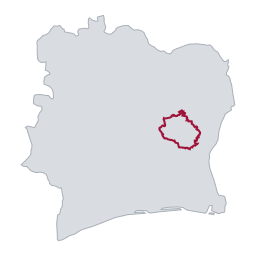 location of Iffou, N'zi-Comoé, Ivory Coast
{"feature_id": "98640826B12556457947993", "entity_name": "Iffou", "entity_type": "district", "adm_level": 2, "iso_a3": "CIV", "parent_name": "Ivory Coast", "parent_adm1": "N'zi-Comoé", "projection": "mercator", "projection_center": [-4.013, 7.499], "detail": "medium", "context": "in_parent", "style": "outline", "palette": "rose", "viewbox_px": 256, "rotation_deg": 0, "n_neighbors": 0, "source": "geoboundaries", "source_scale": "gbopen_adm2", "svg_char_len": 5214}
<svg xmlns="http://www.w3.org/2000/svg" viewBox="0 0 256 256"><path d="M42.7,35.4L43.7,35.3L46.4,34.5L48.9,32.7L51.1,29.0L54.2,25.9L57.7,26.2L58.7,25.6L59.9,25.5L61.4,27.5L62.8,29.0L63.9,29.0L64.7,31.9L71.0,33.1L73.7,33.9L76.0,36.0L76.8,36.0L77.7,35.6L78.5,34.9L78.6,34.1L77.7,32.2L78.1,30.5L79.1,29.0L80.7,28.9L83.2,28.4L86.0,28.4L88.1,28.7L89.0,27.2L88.2,22.9L88.4,20.6L88.7,18.6L89.5,17.8L92.6,20.3L95.5,21.2L97.6,21.2L98.1,20.8L97.3,18.0L97.5,17.2L98.2,16.7L99.6,16.5L103.3,15.4L103.6,15.6L104.3,19.9L104.0,21.3L104.8,24.2L105.7,26.9L105.7,28.0L104.9,29.7L104.0,31.2L104.1,31.8L105.5,32.9L108.3,34.0L111.2,34.2L112.8,32.6L114.5,31.4L115.6,30.2L116.0,28.5L117.9,27.3L123.1,25.7L127.9,25.5L129.1,26.0L131.3,28.3L134.0,30.0L138.2,29.8L141.3,30.7L143.9,32.5L145.7,36.6L147.6,39.5L148.5,43.6L151.5,45.8L153.9,46.8L157.2,49.8L160.5,51.3L164.0,51.0L165.6,52.5L168.2,53.7L170.8,53.7L173.1,50.3L176.1,48.9L183.7,46.1L186.7,44.9L189.8,44.1L197.1,43.8L204.0,44.7L207.3,45.3L209.7,44.9L211.9,46.5L214.1,50.0L216.0,51.1L217.9,52.3L219.3,55.0L221.0,57.7L221.9,58.9L223.9,61.5L225.7,61.6L227.4,60.4L228.1,59.6L228.5,61.3L227.8,64.2L227.9,66.0L228.9,66.6L228.4,68.9L226.4,72.8L226.3,75.1L228.3,75.8L229.8,78.2L230.6,82.3L231.5,83.7L231.6,84.6L233.0,94.6L234.8,104.7L233.7,106.0L232.1,106.4L231.1,106.9L230.8,107.8L231.5,109.2L231.0,110.4L229.1,111.3L224.8,114.5L224.6,115.8L223.4,118.5L222.5,120.1L221.1,123.2L218.9,131.4L218.1,138.1L218.0,140.2L217.1,141.6L216.2,143.7L211.6,149.5L209.2,154.2L209.5,156.3L209.6,158.3L208.9,159.8L209.1,163.8L209.6,167.1L210.5,170.4L213.8,179.6L215.5,185.3L216.6,189.8L217.5,192.8L218.4,194.1L218.8,195.2L223.7,196.1L224.7,196.7L226.1,202.6L225.8,205.3L224.9,206.3L224.9,208.6L224.7,211.4L223.9,212.5L221.2,212.6L219.3,213.7L216.8,213.2L216.6,212.5L215.2,212.3L211.6,210.7L212.2,205.6L210.5,205.4L209.2,206.0L206.6,212.2L205.3,213.2L187.0,210.1L183.0,207.5L178.2,207.0L169.9,207.2L163.1,208.0L161.1,209.5L178.4,208.6L180.3,208.8L181.2,209.8L159.3,211.8L150.9,213.0L148.5,212.6L146.6,210.7L137.5,210.4L135.7,211.1L134.6,212.5L138.1,212.2L143.8,212.1L145.3,213.2L127.6,214.7L115.4,217.5L110.2,219.5L93.2,226.2L82.8,229.4L80.1,230.6L75.3,233.8L69.3,235.9L62.5,239.8L58.3,240.6L57.4,239.4L57.2,232.9L56.7,224.1L56.9,220.8L57.4,217.6L57.5,215.0L59.5,214.0L60.1,212.9L60.4,209.5L62.3,206.4L62.4,201.0L62.9,199.9L63.4,198.5L62.5,194.9L61.5,188.2L60.9,187.8L60.5,188.1L59.4,188.2L55.1,185.9L51.8,185.5L49.5,183.5L49.3,181.3L48.2,180.0L47.4,177.4L46.3,174.4L43.0,172.6L39.9,172.1L37.8,172.5L35.2,172.4L32.3,171.4L30.3,170.3L28.4,168.1L26.6,166.4L25.2,166.6L23.5,166.2L21.8,165.4L21.2,164.8L28.3,157.8L30.7,154.4L31.0,152.3L31.0,150.2L31.8,148.1L32.0,144.8L28.0,132.9L27.0,129.2L26.0,128.1L25.3,127.7L27.3,126.1L30.0,126.5L34.2,127.7L35.1,126.6L38.3,120.5L38.2,118.3L37.9,116.7L39.8,112.6L41.2,111.0L42.0,109.3L41.8,106.9L40.6,106.1L39.2,106.2L37.4,105.7L34.7,104.3L33.4,103.1L33.8,97.6L34.1,95.9L35.0,95.0L36.5,94.7L40.6,94.5L44.0,95.2L46.9,95.5L48.5,95.5L49.8,97.1L51.5,98.8L53.0,98.8L53.5,97.6L53.2,92.2L52.2,89.3L49.9,86.6L44.1,84.2L43.9,80.9L44.5,77.4L45.8,76.1L50.1,73.8L49.4,72.6L48.0,71.3L45.2,70.0L45.9,65.7L46.0,61.9L43.7,62.3L41.3,62.5L39.2,61.4L37.6,59.1L37.2,52.7L37.2,45.3L36.9,42.1L37.6,40.4L39.6,38.8L41.9,36.7L42.7,35.4ZM214.4,213.3L213.5,214.7L208.9,213.8L210.0,212.7L214.4,213.3Z" fill="#d9dde1" stroke="#a8b0b8" stroke-width="1"/><path d="M159.8,130.4L161.4,132.0L161.7,133.1L162.8,133.8L163.1,134.4L162.3,134.9L162.6,135.8L163.3,136.6L163.7,137.7L164.3,137.9L164.7,138.4L165.2,138.6L165.6,138.3L166.5,138.3L168.0,139.4L169.1,139.5L170.2,140.0L171.2,139.8L173.9,141.0L174.5,140.6L175.4,142.6L177.9,143.2L178.8,147.0L179.1,147.4L181.7,147.4L183.1,147.8L183.5,147.6L184.3,147.8L185.3,148.3L185.6,147.8L186.1,147.7L186.7,148.0L187.5,147.8L188.0,148.0L188.3,148.7L188.9,148.7L189.8,149.2L190.1,148.3L190.9,147.4L191.8,147.1L192.3,147.3L192.4,146.6L193.9,145.5L195.1,145.7L195.7,145.0L195.4,144.5L195.5,144.2L196.7,144.7L197.1,145.1L196.9,144.5L197.5,143.7L196.1,143.7L194.9,142.9L194.7,140.6L195.1,140.3L195.8,140.6L196.0,141.1L196.7,140.7L197.2,139.3L196.6,138.4L196.6,137.7L197.1,137.4L198.2,137.6L198.8,137.3L198.8,137.1L197.9,136.7L197.8,136.3L198.7,135.2L199.4,134.9L199.3,134.4L200.0,133.7L200.1,133.0L200.0,132.2L199.1,131.2L198.7,130.3L197.4,129.9L196.4,129.1L196.5,128.6L197.3,127.9L197.0,126.8L196.1,126.4L194.7,127.1L193.5,125.4L193.5,124.8L191.8,123.9L191.7,123.0L191.9,122.0L191.6,121.3L191.0,121.6L190.6,121.3L188.4,121.3L188.4,120.4L187.7,120.1L186.8,120.2L187.4,119.2L186.7,118.6L187.2,117.6L186.6,116.5L182.5,115.6L182.7,115.2L184.3,114.8L184.3,114.4L185.1,113.5L185.0,113.0L184.7,112.9L183.0,113.2L182.2,113.9L181.7,112.9L181.9,112.5L182.7,111.7L183.2,111.7L183.4,111.3L182.7,111.2L181.8,110.4L179.0,112.0L179.7,113.0L180.2,113.2L179.9,114.4L179.3,115.0L178.4,114.9L177.1,115.6L177.0,116.0L175.7,116.1L175.2,116.0L174.6,115.4L174.0,115.6L174.0,115.0L173.2,114.8L172.6,115.6L171.7,115.6L171.7,116.5L170.3,117.5L164.8,118.6L163.9,118.1L163.6,119.6L164.5,121.5L164.7,123.6L165.1,124.3L165.1,125.7L164.4,126.2L163.9,126.1L163.6,125.6L162.5,125.5L161.6,126.2L161.2,127.2L159.6,127.7L159.4,128.7L159.6,128.7L159.8,130.4Z" fill="none" stroke="#9f1239" stroke-width="2"/></svg>